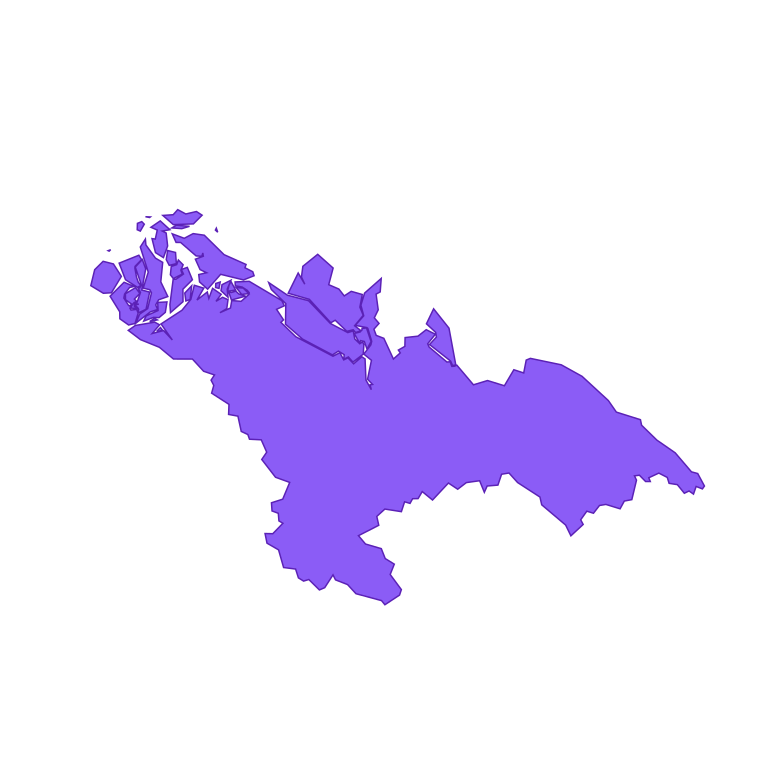 Mrauk-U, Rakhine, Myanmar (Mercator projection), rotated 142°
{"feature_id": "60261553B1263911264167", "entity_name": "Mrauk-U", "entity_type": "district", "adm_level": 2, "iso_a3": "MMR", "parent_name": "Myanmar", "parent_adm1": "Rakhine", "projection": "mercator", "projection_center": [93.425, 20.429], "detail": "fine", "context": "isolated", "style": "filled", "palette": "violet", "viewbox_px": 768, "rotation_deg": 142, "n_neighbors": 0, "source": "geoboundaries", "source_scale": "gbopen_adm2", "svg_char_len": 6177}
<svg xmlns="http://www.w3.org/2000/svg" viewBox="0 0 768 768"><g transform="rotate(142 384 384)"><path d="M197.7,105.3L194.3,106.3L191.9,120.3L195.8,125.5L196.9,150.5L203.5,171.7L206.4,192.9L203.9,198.0L218.2,218.8L217.4,232.8L223.2,268.1L232.5,290.0L252.9,314.1L257.2,315.3L267.1,306.7L272.9,315.3L290.2,308.5L300.3,323.0L314.0,328.3L315.0,354.0L317.5,354.6L319.7,356.1L318.2,360.8L320.9,362.6L325.7,385.4L324.8,388.8L312.9,391.6L317.3,400.8L327.8,400.8L338.8,407.6L344.4,400.8L351.8,401.9L352.0,398.5L361.2,397.9L356.0,420.1L360.2,427.1L358.2,433.4L350.6,434.8L350.9,442.1L342.9,446.0L334.9,459.7L330.3,458.9L321.2,468.9L343.3,467.6L353.7,460.3L358.0,450.2L370.5,447.9L362.7,438.9L362.5,437.8L367.4,425.2L370.3,422.9L381.5,420.0L379.3,410.4L394.0,397.9L393.3,390.7L395.5,391.9L397.5,387.3L395.8,398.2L383.5,415.4L384.7,419.1L395.5,418.6L396.3,426.8L400.9,427.8L399.5,435.8L407.1,437.3L424.4,475.5L427.3,496.1L423.7,496.4L422.7,509.0L414.4,507.0L413.2,512.6L427.0,547.9L438.5,556.1L440.7,552.9L436.1,547.8L434.1,542.0L434.0,538.9L435.4,537.7L445.7,537.1L452.6,543.5L458.2,538.4L469.4,541.2L461.5,540.2L455.0,546.5L457.8,551.7L465.5,552.6L457.1,554.9L460.2,564.9L469.3,559.3L466.6,565.3L479.7,565.3L467.0,570.5L472.7,578.6L484.1,569.6L497.8,566.5L522.7,568.6L523.7,549.0L524.8,561.8L535.6,566.5L524.4,568.8L526.6,573.9L543.9,583.2L552.5,583.7L548.6,568.9L538.4,551.2L534.5,533.3L519.6,521.6L518.3,505.1L512.0,495.5L517.9,493.5L519.0,487.7L525.5,482.9L518.7,463.4L525.2,455.7L518.9,448.6L525.7,434.5L522.4,428.0L524.0,423.3L515.1,415.6L518.4,402.5L526.8,399.8L526.9,377.3L518.9,364.5L534.7,355.6L545.8,359.7L550.4,352.9L546.9,347.2L551.1,340.8L549.4,336.5L563.8,334.5L569.8,339.4L574.2,330.6L569.2,318.2L576.1,301.2L567.6,292.6L570.8,283.9L568.7,278.2L563.6,276.2L561.7,261.5L556.1,260.0L541.7,265.0L542.8,259.5L536.2,248.4L535.2,236.0L519.3,214.8L519.2,209.5L501.7,208.1L496.9,211.3L496.4,230.1L486.8,235.7L490.5,245.7L487.5,255.9L497.1,269.3L497.5,280.2L475.1,275.9L471.2,284.1L460.3,284.9L448.9,272.7L440.3,278.5L437.0,273.9L432.1,276.0L427.7,272.7L420.1,275.7L417.2,262.7L394.2,266.3L390.7,255.7L379.8,255.6L368.2,248.9L371.6,236.9L365.5,240.1L356.5,234.2L346.9,240.5L340.3,236.9L339.4,224.1L330.7,198.9L334.1,191.7L327.7,161.0L330.2,149.3L313.5,150.7L312.6,155.9L302.5,158.9L298.5,153.2L289.0,155.6L283.3,152.5L274.8,140.3L266.7,143.8L259.9,140.3L244.2,152.8L243.2,157.4L238.9,154.9L237.9,146.1L234.2,143.2L233.1,147.1L222.3,144.6L218.3,136.0L220.5,130.2L214.8,124.1L214.6,113.0L209.5,111.9L207.9,106.7L201.1,111.1L197.7,105.3ZM383.2,464.3L380.8,448.4L374.9,445.7L374.6,442.0L369.3,440.2L371.3,448.0L358.1,450.9L355.7,459.4L346.0,467.9L352.8,477.2L361.1,477.9L361.1,486.6L366.4,496.3L352.7,506.7L356.4,527.0L375.5,526.7L383.2,519.1L385.0,511.4L383.3,524.3L403.6,514.5L390.7,496.7L388.2,465.0L383.2,464.3ZM395.0,420.4L382.0,420.3L375.7,427.3L374.9,430.4L378.3,430.6L379.3,437.5L375.6,444.8L380.9,446.8L389.0,464.7L392.2,496.1L405.4,513.4L412.4,534.9L414.6,527.8L411.9,507.8L424.8,491.8L420.5,469.5L406.7,438.7L399.7,438.0L397.3,431.7L400.3,428.3L395.4,427.2L395.0,420.4ZM445.2,571.0L430.6,552.5L419.7,549.3L418.3,553.3L422.0,561.2L419.1,563.1L430.4,584.4L434.0,611.9L441.8,620.0L451.7,621.8L458.4,632.7L460.7,623.6L457.1,620.7L453.2,600.6L448.9,596.8L446.1,598.8L447.7,595.9L455.8,598.5L458.5,587.4L455.3,580.9L462.6,584.3L466.5,578.0L464.6,567.3L445.2,571.0ZM523.7,584.7L516.5,582.1L515.2,586.9L509.8,589.1L500.5,586.0L497.0,601.9L483.5,616.1L486.6,623.9L486.0,640.2L482.8,645.1L491.7,642.0L500.9,617.3L514.7,607.8L510.5,602.5L511.1,599.0L523.8,588.9L533.6,589.5L541.9,584.7L523.7,584.7ZM323.8,387.1L317.4,361.0L318.6,356.4L315.7,354.8L298.4,388.0L298.6,412.7L313.5,405.3L311.5,392.9L313.8,388.7L323.8,387.1ZM542.6,623.7L524.7,630.5L523.3,645.2L529.8,653.6L541.6,652.2L554.5,642.0L549.3,628.3L542.6,623.7ZM548.9,587.7L542.9,585.0L534.1,591.2L533.0,595.1L537.8,598.0L537.6,600.1L534.2,602.0L536.7,602.4L536.9,603.6L536.1,611.9L533.0,614.6L525.1,616.7L520.9,614.7L526.2,624.2L545.8,621.8L547.8,603.6L552.0,598.0L548.9,587.7ZM485.7,596.3L503.8,578.4L508.3,571.7L491.7,572.6L484.1,582.5L470.8,584.1L467.2,597.0L473.2,599.0L474.3,594.1L483.4,594.6L485.7,596.3ZM523.5,625.3L518.7,611.9L515.0,611.3L515.0,615.4L513.3,620.4L508.9,628.8L507.7,630.0L498.4,631.3L497.9,636.4L518.3,642.3L523.5,625.3ZM477.3,641.4L483.2,628.2L480.0,619.4L469.5,626.0L462.7,637.1L464.5,641.0L457.7,637.4L459.9,650.3L471.2,651.0L467.9,644.9L475.0,639.0L477.3,641.4ZM531.5,599.8L531.1,594.9L533.6,591.2L525.5,589.4L512.1,600.7L517.0,607.2L500.9,621.4L497.8,630.9L508.0,629.3L514.2,611.4L517.3,610.1L518.7,611.3L519.5,606.1L528.3,600.4L531.1,601.2L528.1,597.8L531.5,599.8ZM435.6,627.5L423.4,629.0L425.6,635.4L435.5,640.0L439.2,648.4L445.9,647.2L454.5,653.0L451.9,639.3L435.6,627.5ZM524.6,578.4L520.4,574.8L512.2,575.1L504.5,582.3L512.1,587.6L516.8,581.0L529.5,584.1L534.6,581.5L524.6,578.4ZM375.7,432.6L373.3,429.6L375.9,422.0L368.1,425.4L363.3,438.9L367.1,441.3L368.1,440.2L370.9,439.7L376.3,442.2L378.1,431.3L375.7,432.6ZM536.9,599.8L531.8,595.3L532.9,598.9L530.9,602.1L528.1,601.3L528.4,604.6L520.6,605.7L520.5,612.9L532.2,614.3L535.8,609.6L533.4,601.4L536.9,599.8ZM475.3,594.8L474.0,598.7L468.9,601.6L469.7,608.3L473.9,605.7L479.3,607.6L485.1,601.6L485.1,596.8L475.3,594.8ZM479.0,616.1L480.2,609.7L473.5,606.7L467.3,616.0L472.3,622.4L479.0,616.1ZM450.5,562.0L455.0,557.9L453.5,548.4L449.1,555.3L440.7,560.0L450.5,562.0ZM452.5,544.1L439.1,538.5L443.0,544.4L443.6,548.4L447.8,550.0L449.8,551.9L452.5,544.1ZM475.1,579.8L485.0,578.3L489.0,571.4L484.7,570.0L475.1,579.8ZM441.1,551.0L441.0,542.2L434.9,538.5L435.9,546.3L441.1,551.0ZM479.4,662.4L483.5,657.5L481.9,654.5L474.5,657.5L474.9,661.1L479.4,662.4ZM441.5,558.9L445.1,557.4L450.2,553.4L443.1,549.4L441.5,558.9ZM455.1,637.6L447.7,630.9L440.2,628.0L449.9,636.9L455.1,637.6ZM454.7,566.8L457.3,563.7L455.2,560.9L450.3,565.2L454.7,566.8ZM525.4,566.1L530.0,565.6L530.2,564.6L525.4,563.0L525.4,566.1ZM530.2,577.5L523.2,574.1L524.5,577.0L530.2,577.5ZM420.2,610.0L422.1,609.1L421.6,606.0L420.2,610.0ZM469.0,662.7L466.2,659.5L465.3,659.5L469.0,662.7ZM516.7,658.1L519.3,658.9L518.8,657.9L516.7,658.1Z" fill="#8b5cf6" stroke="#5b21b6" stroke-width="1.5"/></g></svg>